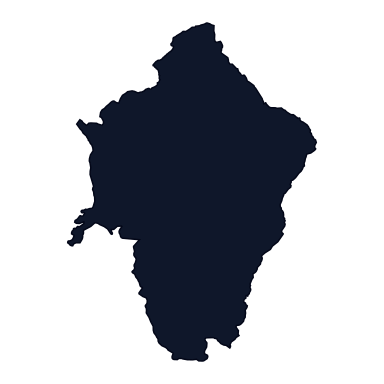 Liberia, Guanacaste, Costa Rica (Albers equal-area conic projection)
{"feature_id": "36466004B57161008538161", "entity_name": "Liberia", "entity_type": "district", "adm_level": 2, "iso_a3": "CRI", "parent_name": "Costa Rica", "parent_adm1": "Guanacaste", "projection": "albers", "projection_center": [-85.52, 10.692], "detail": "fine", "context": "isolated", "style": "filled", "palette": "ink", "viewbox_px": 384, "rotation_deg": 0, "n_neighbors": 0, "source": "geoboundaries", "source_scale": "gbopen_adm2", "svg_char_len": 5918}
<svg xmlns="http://www.w3.org/2000/svg" viewBox="0 0 384 384"><path d="M220.3,41.4L216.6,42.4L215.1,41.5L214.5,39.1L214.7,34.5L213.8,31.0L214.0,25.6L211.5,24.9L209.8,23.8L207.1,23.0L206.3,23.1L204.3,24.2L200.8,25.1L199.6,25.8L195.6,26.2L195.2,27.2L192.1,27.3L189.6,29.2L185.9,31.5L183.1,31.4L181.1,33.1L176.5,35.8L175.8,36.6L173.5,37.6L173.1,38.4L173.0,40.7L172.1,42.7L170.9,44.0L171.2,45.3L172.1,45.9L173.2,46.1L173.5,46.5L173.2,48.3L171.5,50.7L168.4,53.0L168.0,53.7L167.2,53.9L165.6,55.7L165.1,55.8L164.5,56.7L163.4,57.3L161.8,59.2L159.7,60.3L158.1,60.3L155.9,61.7L153.1,64.9L153.1,65.6L153.9,65.8L154.8,67.1L155.8,67.7L156.3,68.6L157.3,69.2L158.3,70.3L159.0,73.5L158.9,75.0L159.7,75.6L159.3,76.6L159.3,78.8L160.0,79.6L158.7,82.3L157.4,82.8L157.4,84.8L157.1,85.3L154.6,86.9L151.9,88.0L151.1,89.1L150.0,89.2L148.9,88.4L148.1,88.5L145.5,89.5L144.5,90.7L142.0,92.0L140.2,92.2L138.5,92.8L137.9,92.9L134.5,91.4L132.1,90.9L127.6,91.7L125.6,93.4L122.5,95.3L120.5,98.6L118.7,103.2L116.1,102.5L113.9,101.0L112.4,101.3L110.7,102.5L109.0,104.2L106.4,106.3L104.4,108.5L102.2,109.8L100.6,112.4L99.9,116.7L101.5,117.5L103.4,121.1L103.5,123.4L102.1,125.3L98.1,124.1L96.7,123.3L90.8,123.0L88.8,123.2L87.5,124.6L86.4,125.3L82.8,122.5L82.1,121.2L79.9,119.7L76.7,124.1L80.4,129.3L81.7,130.4L83.2,133.2L86.5,136.1L86.8,137.0L88.1,139.0L88.4,140.4L89.4,141.2L90.4,143.5L91.8,145.0L92.8,147.8L93.1,150.8L90.5,154.8L89.5,158.5L89.3,161.0L90.0,162.9L90.8,167.8L90.2,171.1L90.1,174.5L93.4,185.7L93.5,187.1L92.9,187.8L92.6,189.6L93.6,191.8L94.0,195.6L94.6,196.7L94.8,201.3L93.1,206.9L92.2,208.3L89.5,208.6L87.0,209.5L85.6,209.2L84.1,210.1L82.0,210.3L81.1,211.2L81.2,211.9L81.9,212.7L82.6,212.8L83.1,212.5L84.0,212.5L84.6,213.1L83.3,215.7L82.2,216.3L80.3,215.7L79.7,216.0L77.5,219.0L75.1,220.5L74.7,222.2L76.3,223.3L79.3,223.5L83.8,221.8L83.9,223.6L79.6,226.7L77.5,226.5L75.7,228.6L74.4,228.3L73.6,228.6L73.1,230.4L72.1,231.2L71.6,232.8L71.6,233.9L73.9,235.2L73.9,236.1L73.1,238.3L72.2,239.7L71.3,240.3L69.9,240.9L68.3,241.0L67.9,241.5L67.7,242.8L69.2,243.9L70.0,245.0L71.4,245.7L72.7,245.8L73.7,243.9L74.8,243.3L76.0,242.8L80.0,242.8L82.0,239.4L82.5,238.1L82.7,236.7L82.6,234.9L83.1,234.4L83.5,233.1L83.4,231.0L83.8,230.1L90.8,226.4L94.5,223.1L95.6,222.8L97.9,223.3L99.8,224.6L104.1,226.5L107.6,228.9L110.9,233.9L111.8,234.3L112.2,234.1L112.4,233.1L111.6,231.8L111.2,229.5L113.8,229.4L117.4,226.2L121.6,226.1L121.9,226.6L119.9,229.4L119.1,231.2L119.2,232.9L120.2,234.7L120.6,236.5L121.3,237.6L122.6,238.2L139.5,239.7L133.6,246.3L133.6,247.4L134.6,251.4L133.9,253.5L133.9,255.2L134.7,256.7L135.7,257.7L136.2,259.6L135.3,262.8L134.2,264.8L134.1,266.0L134.6,267.3L134.6,268.5L133.7,270.3L132.7,270.9L132.1,271.6L132.1,272.1L133.0,273.1L134.5,273.9L134.9,274.5L135.9,277.1L137.8,279.4L138.2,280.7L139.2,282.2L140.2,286.0L141.1,286.9L142.3,287.5L142.3,288.2L139.0,292.9L139.0,293.8L143.0,296.6L146.0,297.7L147.2,299.9L147.2,302.2L146.9,303.6L145.4,305.5L145.4,306.6L146.3,308.3L146.5,310.1L146.3,312.9L149.1,317.5L150.8,321.8L153.2,326.3L153.3,330.3L154.0,332.9L156.0,335.5L156.7,337.1L158.0,338.8L158.2,341.3L159.1,343.1L161.9,345.7L165.6,347.4L167.3,348.8L168.1,350.1L173.0,353.0L173.0,353.9L172.1,356.4L172.1,358.0L172.8,359.0L174.0,359.5L177.4,359.6L178.7,358.5L181.4,358.4L182.8,358.9L187.3,359.7L192.7,359.8L196.5,359.3L198.8,360.9L202.9,361.0L203.9,360.7L207.1,358.6L207.8,356.8L207.5,355.3L204.8,353.9L204.4,352.8L204.6,350.8L206.6,347.1L206.7,346.2L206.9,343.0L206.6,342.3L205.5,341.2L204.9,339.3L205.0,338.7L205.7,338.1L206.7,337.8L213.4,337.6L214.6,338.3L216.3,338.6L217.1,339.2L217.8,340.7L219.2,341.7L220.9,343.6L223.7,345.0L226.2,345.4L229.8,348.0L230.5,346.7L230.4,346.4L230.0,346.3L230.4,346.0L230.4,345.5L230.0,345.3L230.1,344.5L231.3,341.9L234.8,339.4L236.2,337.4L239.0,335.6L238.1,334.2L238.4,330.6L236.5,327.9L236.1,327.2L236.1,326.1L236.8,325.4L239.1,325.1L240.5,324.4L241.7,323.3L243.5,321.3L244.1,318.9L245.2,317.2L245.2,315.4L245.6,313.1L245.2,310.2L246.9,307.5L247.3,305.8L245.9,304.6L245.4,303.0L243.9,302.4L243.8,300.4L244.0,299.5L245.9,298.0L245.8,296.9L246.2,295.6L246.9,295.5L247.4,296.1L247.8,296.0L248.1,294.7L249.2,293.8L249.4,292.6L250.5,290.7L250.7,289.2L250.0,287.6L250.0,286.6L250.5,285.6L250.1,284.8L250.1,283.8L251.9,279.3L253.2,277.5L252.9,274.0L255.2,272.4L256.1,271.4L257.1,269.4L257.4,267.4L260.4,264.1L260.7,262.2L261.6,260.8L262.2,258.8L262.1,257.6L261.7,257.1L261.7,255.9L262.1,255.3L265.0,252.8L270.4,249.4L272.4,246.1L277.8,241.8L283.1,234.2L283.1,233.6L282.3,233.1L281.7,232.0L281.6,230.7L284.7,226.1L285.1,224.1L284.3,222.6L285.1,220.7L284.5,219.5L284.6,218.4L283.5,217.3L283.6,214.7L283.3,212.5L282.6,211.1L281.5,210.1L281.1,207.7L280.3,206.9L280.1,204.6L281.8,200.6L282.3,198.3L283.7,195.0L283.7,194.1L285.3,193.1L288.1,189.3L290.7,187.2L291.0,185.4L290.3,184.7L290.2,184.2L291.2,182.2L291.1,180.7L293.1,179.9L295.6,177.6L298.8,173.3L301.1,171.2L302.6,168.7L303.0,167.2L304.4,165.9L304.1,163.2L304.9,161.1L305.3,158.6L305.9,157.3L306.7,154.3L307.3,153.9L310.8,153.0L314.7,150.2L315.7,148.9L314.8,147.7L314.6,146.7L315.0,144.9L316.3,142.5L315.5,139.9L313.7,138.7L313.1,137.0L311.8,135.7L311.3,133.4L310.1,132.2L310.4,130.1L309.1,128.4L308.3,126.4L307.5,125.7L307.2,125.0L302.9,122.0L301.6,121.6L300.8,121.0L300.0,119.9L299.9,118.5L299.5,118.0L297.4,118.3L297.1,117.5L296.1,117.0L294.7,115.6L293.3,114.7L291.4,114.7L290.0,114.1L286.5,111.8L285.1,110.3L283.6,109.8L281.4,108.0L277.2,108.3L275.3,107.8L270.6,107.7L269.0,106.9L266.4,104.1L265.7,102.8L265.4,102.8L264.7,103.6L263.7,103.8L263.5,102.1L262.3,99.4L262.2,98.7L255.7,88.4L254.4,87.0L253.9,85.6L249.2,82.1L247.3,81.1L246.3,78.1L244.7,75.6L244.0,75.1L242.2,75.6L241.3,75.2L240.3,73.4L239.1,72.5L238.2,70.7L237.7,68.8L236.5,68.6L232.3,64.2L230.1,64.2L229.7,63.8L228.5,61.9L228.3,59.6L227.8,57.7L221.2,53.0L221.0,51.7L221.5,50.4L221.6,48.6L222.5,47.1L222.5,45.5L221.2,42.5L220.3,41.4Z" fill="#0f172a" stroke="#020617" stroke-width="1.5"/></svg>